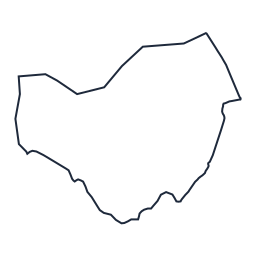 the district of Abu Zabad, North Kordufan, Sudan
{"feature_id": "16777658B30413539722349", "entity_name": "Abu Zabad", "entity_type": "district", "adm_level": 2, "iso_a3": "SDN", "parent_name": "Sudan", "parent_adm1": "North Kordufan", "projection": "natural_earth1", "projection_center": [29.458, 12.635], "detail": "fine", "context": "isolated", "style": "outline", "palette": "slate", "viewbox_px": 256, "rotation_deg": 0, "n_neighbors": 0, "source": "geoboundaries", "source_scale": "gbopen_adm2", "svg_char_len": 1671}
<svg xmlns="http://www.w3.org/2000/svg" viewBox="0 0 256 256"><path d="M240.6,99.1L240.6,98.7L240.6,98.2L239.8,97.4L238.8,95.3L238.8,95.2L238.6,94.8L237.6,92.4L236.2,89.1L230.2,74.8L229.2,72.4L226.1,64.9L223.4,60.3L221.6,57.1L221.4,56.8L217.4,50.6L215.7,47.8L207.2,34.5L206.4,33.2L206.7,32.7L206.6,32.8L183.8,43.5L142.8,46.7L121.9,66.1L104.2,87.3L77.1,94.1L57.0,80.5L45.4,74.2L18.7,76.4L19.9,94.1L15.4,118.8L18.9,144.1L24.8,150.1L26.3,151.6L27.2,153.6L27.3,153.8L29.7,151.9L32.4,150.8L36.4,151.5L43.3,155.0L52.7,160.6L65.8,168.5L68.6,170.3L70.5,174.6L72.1,178.8L73.5,180.6L74.7,181.5L76.5,180.2L78.1,179.4L80.8,180.4L83.1,181.6L85.5,186.6L87.4,191.9L91.7,197.1L97.4,206.3L99.8,210.1L103.8,212.9L110.9,214.7L115.9,219.9L121.5,223.3L124.3,223.0L128.0,221.3L131.2,219.4L138.1,219.4L139.0,216.3L139.6,213.5L141.6,211.3L144.1,209.7L147.9,208.5L151.1,208.5L153.4,205.7L157.5,201.0L160.9,194.7L166.1,192.1L172.4,194.5L174.5,197.9L176.4,201.4L178.5,201.7L180.6,201.4L180.8,201.0L180.8,200.9L181.6,199.5L185.4,194.8L186.5,193.7L188.5,191.6L189.4,190.1L195.1,181.8L197.7,179.4L198.1,178.8L198.9,177.9L199.8,177.3L199.9,177.1L200.9,176.4L202.5,175.3L204.9,173.1L205.3,172.0L205.5,171.4L205.9,170.6L207.2,168.8L208.5,166.5L208.5,166.0L208.6,165.5L208.1,163.9L208.4,162.9L209.8,161.8L212.8,155.2L214.0,151.5L216.2,144.8L218.0,139.3L220.9,130.5L221.2,129.5L221.3,129.2L223.8,121.2L224.1,120.0L224.5,118.1L224.2,116.3L223.9,115.6L223.8,115.2L223.1,114.2L222.5,112.9L222.4,112.5L222.1,111.4L222.2,110.7L222.4,108.6L223.1,106.2L223.1,104.9L223.6,103.6L224.8,103.3L225.5,103.1L229.4,101.4L231.9,101.0L239.7,99.5L240.4,99.5L240.6,99.1Z" fill="none" stroke="#1e293b" stroke-width="2"/></svg>